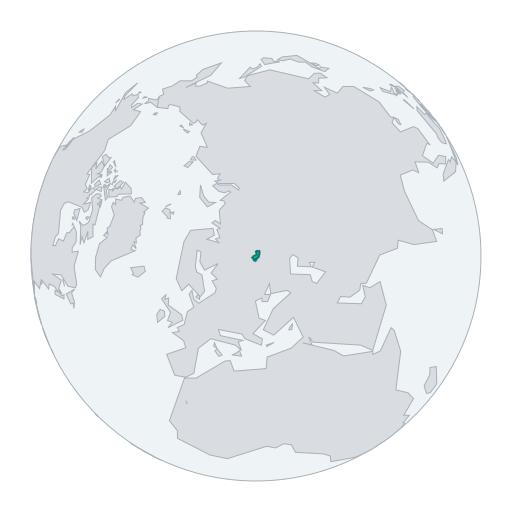 the Earth from above Mordovia, rotated 308°
{"feature_id": "RUS-2372", "entity_name": "Mordovia", "entity_type": "Republic", "adm_level": 1, "iso_a3": "RUS", "parent_name": "Russia", "parent_adm1": "", "projection": "orthographic", "projection_center": [44.161, 54.419], "detail": "fine", "context": "on_globe", "style": "filled", "palette": "teal", "viewbox_px": 512, "rotation_deg": 308, "n_neighbors": 0, "source": "natural_earth", "source_scale": "10m", "svg_char_len": 13332}
<svg xmlns="http://www.w3.org/2000/svg" viewBox="0 0 512 512"><g transform="rotate(308 256 256)"><circle cx="256" cy="256" r="225" fill="#eef3f6" stroke="#a8b0b8"/><path d="M207.4,36.0L221.9,34.3L226.9,38.5L220.8,38.6L222.8,40.0L230.5,40.1L235.2,39.9L252.3,48.0L277.4,54.1L287.6,53.1L283.6,55.9L304.4,52.7L319.5,56.1L301.0,54.2L298.1,55.6L307.6,58.5L306.6,60.6L310.6,63.4L308.6,65.8L298.0,65.0L296.5,66.6L303.3,68.7L305.6,72.7L295.8,69.4L298.7,76.2L281.5,77.0L256.9,67.8L245.9,71.8L216.7,72.2L217.9,74.8L207.6,77.3L205.2,81.4L200.4,80.7L202.6,84.6L207.3,84.5L209.9,86.3L208.9,88.9L202.7,88.3L202.3,86.9L199.9,88.1L197.3,86.8L198.0,88.9L190.6,88.1L196.4,92.7L189.2,95.3L184.7,93.8L187.3,89.0L183.3,74.8L179.5,72.5L171.7,73.8L152.4,86.3L147.4,86.1L139.1,89.5L140.8,91.6L148.0,89.8L149.2,95.1L157.8,92.6L159.5,94.6L167.5,94.5L164.0,100.0L156.2,105.6L149.4,106.1L145.8,108.7L150.4,113.0L135.9,119.0L123.3,132.1L119.8,133.3L116.3,126.5L121.1,114.1L116.6,106.9L117.1,117.3L108.4,120.8L105.9,124.0L105.0,127.4L107.4,128.5L103.9,131.1L102.1,121.3L105.2,118.8L105.8,121.8L107.9,116.1L106.7,110.3L102.3,112.9L105.0,102.6L101.9,104.5L100.8,103.5L105.5,101.1L97.1,105.5L99.5,96.9L88.1,106.2L101.9,93.1L108.4,86.9L115.3,80.6L113.5,81.9L125.1,72.8L128.1,70.6L142.8,61.2L158.1,53.1L174.1,46.1L190.5,40.4L207.4,36.0ZM32.7,226.1L32.4,228.9L32.1,230.9L32.7,226.1ZM31.3,272.2L32.2,281.3L35.6,302.0L36.5,306.8L33.2,289.6L31.3,272.2ZM75.5,121.2L80.1,115.3L85.5,108.8L87.9,106.0L85.8,108.4L70.0,129.0L73.8,123.5L75.5,121.2ZM85.1,110.6L87.6,107.5L85.6,110.2L85.1,110.6ZM237.5,39.6L230.8,39.9L224.1,39.2L229.8,38.6L237.5,39.6ZM250.0,42.2L246.6,42.7L244.8,40.5L247.3,40.9L250.0,42.2ZM295.1,52.2L289.9,51.1L295.3,51.5L295.1,52.2ZM311.5,63.4L313.3,63.1L314.7,64.7L311.5,63.4ZM168.9,91.5L168.2,93.0L167.1,92.2L168.9,91.5ZM173.0,90.2L172.2,88.3L174.1,87.4L174.5,88.6L173.0,90.2ZM312.8,70.0L314.3,72.8L310.9,69.7L312.8,70.0ZM173.6,92.8L177.4,86.1L180.7,84.7L185.1,88.1L173.6,92.8ZM314.1,74.4L318.0,81.8L322.4,81.6L312.3,86.5L312.3,78.4L307.4,74.5L312.0,75.7L314.1,74.4ZM209.3,83.4L204.2,83.6L209.4,81.2L209.3,83.4ZM212.0,81.4L224.4,72.1L231.5,73.3L225.9,76.1L235.8,76.1L233.2,81.2L227.1,82.4L223.1,80.5L225.2,84.0L212.0,81.4ZM306.2,88.2L305.5,90.0L304.2,88.0L306.2,88.2ZM211.3,86.9L213.1,84.7L219.4,85.6L216.8,90.0L215.6,88.3L211.3,86.9ZM239.7,73.7L243.9,75.3L242.9,79.8L244.4,81.1L233.7,81.5L239.7,73.7ZM213.7,89.4L215.3,92.3L211.5,94.3L209.9,89.0L213.7,89.4ZM222.2,84.0L225.0,84.7L222.6,85.7L222.2,84.0ZM198.6,103.4L200.7,100.5L204.2,100.7L198.6,103.4ZM216.2,93.3L217.5,92.6L219.1,92.4L219.4,94.7L216.2,93.3ZM233.8,84.8L232.5,86.4L238.1,84.8L237.6,88.4L230.5,88.1L233.4,89.7L233.2,90.8L227.6,89.4L233.8,84.8ZM224.4,96.6L215.3,97.8L210.6,102.9L207.4,102.8L215.5,94.7L224.4,96.6ZM226.8,92.4L224.6,95.0L221.7,93.5L221.5,90.8L226.8,92.4ZM239.8,91.0L242.4,85.6L243.9,85.9L239.8,91.0ZM223.6,98.3L225.9,98.0L223.6,98.9L223.6,98.3ZM235.5,93.5L236.2,91.5L237.8,91.9L235.5,93.5ZM229.7,99.2L226.8,99.5L226.5,97.7L229.7,99.2ZM232.8,96.8L234.9,97.8L228.1,96.8L232.9,95.9L232.8,96.8ZM236.9,94.2L238.1,93.8L236.4,95.0L236.9,94.2ZM232.5,106.2L224.1,105.4L223.4,101.2L231.7,102.6L232.5,106.2ZM173.3,465.6L172.1,465.0L158.9,458.4L140.0,441.6L144.1,437.7L141.5,430.9L125.6,407.9L129.0,400.0L125.1,393.4L116.9,389.7L112.6,381.5L107.7,378.2L78.7,358.2L70.9,342.4L64.0,306.4L70.0,301.5L72.9,289.2L115.8,274.8L122.8,283.9L154.2,296.3L157.7,300.1L151.8,309.6L173.5,333.3L183.2,327.0L205.1,340.5L221.2,343.1L230.8,323.3L204.6,318.7L202.3,307.2L225.1,302.0L248.3,306.1L248.2,301.8L235.3,290.8L242.6,283.6L231.1,286.3L234.4,291.2L227.3,293.2L223.9,288.9L226.6,286.4L220.1,283.3L208.9,296.7L211.0,303.1L192.9,301.4L194.6,312.1L189.0,315.2L184.0,298.3L185.9,293.1L175.0,271.7L171.3,276.9L181.4,297.6L177.4,294.9L172.5,302.8L173.1,294.6L163.0,271.3L147.9,267.4L125.4,279.2L117.2,275.3L112.0,265.4L123.5,246.1L140.4,257.2L144.7,251.1L144.2,237.3L149.3,242.0L151.2,238.0L157.8,241.6L170.0,236.1L177.2,238.7L184.8,226.8L189.5,226.7L183.7,233.6L183.5,240.0L201.7,246.4L206.0,244.7L209.4,236.7L214.0,239.7L215.0,231.1L226.8,230.8L213.2,224.2L216.9,215.3L225.5,210.1L224.3,206.1L210.3,214.7L206.9,219.2L207.9,225.0L196.5,237.2L189.6,237.2L192.3,220.4L182.9,218.9L189.1,207.0L223.2,190.3L236.0,188.7L251.3,205.1L246.8,210.4L239.0,207.0L243.6,218.5L244.5,213.5L248.3,216.2L252.8,208.9L255.7,210.5L255.0,200.9L259.0,202.1L259.4,208.2L269.5,198.9L278.7,199.5L279.6,196.7L277.9,193.5L290.7,196.7L290.7,194.5L286.6,192.5L284.1,187.1L284.6,178.7L289.0,180.3L289.4,183.5L296.8,192.8L297.2,201.5L299.1,201.3L299.8,194.2L290.7,182.7L289.7,177.4L294.8,182.0L292.9,179.9L293.8,177.7L298.8,177.1L293.6,171.8L297.6,147.3L307.8,144.2L311.8,150.8L319.2,136.8L330.0,135.2L326.2,133.4L327.2,125.9L323.8,126.2L322.0,124.8L323.0,106.9L326.6,104.3L322.7,95.3L320.7,94.4L317.8,95.8L312.3,86.5L322.4,81.6L326.4,83.8L330.0,79.7L338.5,85.3L347.3,88.4L354.5,97.5L360.8,99.5L361.5,97.7L370.5,99.4L386.8,109.8L370.7,109.1L345.6,97.0L355.6,102.4L352.5,103.7L355.5,107.3L362.6,111.1L363.9,110.0L370.8,130.4L386.1,147.2L387.2,139.0L392.9,138.3L411.2,152.3L428.0,188.4L435.8,189.5L439.6,193.9L440.2,202.2L434.7,195.9L430.9,198.8L427.6,194.2L426.8,206.0L422.1,200.1L423.7,212.6L428.6,214.6L431.1,206.0L434.4,219.9L443.3,220.2L449.8,228.9L453.2,258.2L448.5,275.9L449.4,279.5L444.7,281.2L442.7,293.4L454.9,300.4L456.0,305.2L450.8,324.2L449.9,321.2L437.5,325.4L438.3,338.5L447.8,337.8L451.2,344.4L445.2,348.7L441.4,343.2L437.0,344.5L436.0,334.0L428.1,323.3L421.9,332.9L420.3,326.5L408.6,319.9L398.5,333.0L383.9,362.4L385.3,378.8L378.7,389.4L362.2,373.4L356.0,358.3L349.3,362.7L332.9,352.9L302.5,359.7L298.8,355.5L292.9,358.8L281.5,355.4L276.2,347.7L269.0,348.9L283.3,368.5L291.2,367.2L298.6,358.1L301.1,365.2L312.2,369.5L297.5,388.9L253.4,406.1L250.3,393.5L223.1,353.8L224.6,349.4L224.5,348.8L224.3,347.9L220.5,354.9L216.3,346.3L229.5,375.4L231.2,386.6L252.8,406.8L250.4,408.7L257.8,412.4L282.7,406.6L282.5,410.6L270.0,428.7L236.6,448.6L241.8,460.1L240.6,467.9L221.5,470.5L224.9,474.9L215.2,474.6L215.8,476.1L209.0,475.9L197.1,473.4L193.8,472.5L173.3,465.6ZM98.7,289.7L97.0,293.2L98.7,289.7ZM271.7,320.7L286.4,320.6L281.9,307.1L287.2,306.1L283.8,302.1L281.5,306.2L273.4,294.9L280.5,290.3L279.8,284.2L274.8,284.0L263.1,294.3L274.7,310.3L270.4,316.1L271.7,320.7ZM56.9,151.4L54.6,156.2L56.4,152.2L56.9,151.4ZM67.0,133.4L65.0,136.6L67.9,132.2L58.7,147.8L62.3,141.0L64.8,136.8L67.0,133.4ZM83.3,111.8L81.4,114.3L81.0,114.5L83.3,111.8ZM83.6,112.6L84.1,111.8L85.7,110.1L83.6,112.6ZM108.5,121.4L108.5,122.3L106.9,125.8L106.3,124.5L108.5,121.4ZM108.2,141.0L102.6,144.8L106.2,141.0L104.2,139.5L109.2,129.9L118.3,133.4L113.3,133.4L108.2,141.0ZM118.4,118.6L114.2,123.9L118.5,118.0L118.4,118.6ZM154.9,213.3L156.2,217.8L152.2,221.4L143.1,219.3L148.8,213.8L154.9,213.3ZM159.0,223.3L164.2,207.9L170.0,208.9L165.8,210.9L169.2,213.1L163.4,216.9L163.9,233.5L160.4,237.9L145.5,230.9L152.3,230.6L150.6,226.1L159.0,223.3ZM167.1,170.1L169.5,164.4L179.1,173.9L175.8,178.2L166.6,176.0L165.0,169.8L167.1,170.1ZM180.7,100.5L181.0,98.4L182.7,98.4L183.9,100.3L180.7,100.5ZM199.3,102.0L181.3,110.0L180.7,107.9L170.9,115.6L165.5,113.2L172.0,108.2L160.5,112.3L164.2,106.8L156.6,110.4L171.7,99.5L174.6,95.1L173.5,100.9L178.4,103.2L181.3,102.8L192.0,98.7L200.6,90.7L206.9,92.1L209.0,95.2L207.9,97.3L204.2,95.7L205.3,99.7L199.1,99.0L199.3,102.0ZM230.1,135.8L226.3,132.1L227.6,141.8L221.4,140.4L221.9,141.7L216.5,143.2L210.9,147.3L208.5,145.8L207.4,148.1L203.8,149.3L201.4,151.9L196.1,150.4L192.8,153.6L192.2,151.1L187.9,157.1L188.7,152.0L184.1,153.3L185.8,157.5L162.9,144.8L152.8,144.0L143.8,146.3L146.4,137.7L156.4,130.3L169.5,125.1L179.0,127.4L178.4,123.3L182.8,123.3L181.4,126.5L186.2,121.6L189.4,122.5L201.0,119.0L205.9,111.8L210.3,110.5L210.0,113.8L214.6,110.3L217.0,115.7L220.2,115.0L225.8,119.9L223.3,126.9L227.1,125.6L231.5,129.5L230.1,135.8ZM233.8,107.7L232.3,116.0L228.2,119.5L220.2,109.7L217.0,109.6L211.8,103.8L217.9,99.0L218.8,101.0L221.1,101.9L218.3,103.1L222.3,102.8L223.7,105.7L227.3,106.4L225.8,108.9L233.8,107.7ZM163.2,297.8L166.2,299.7L171.2,301.2L168.2,306.4L163.2,297.8ZM156.0,282.0L158.9,282.6L157.1,290.3L154.0,288.5L156.0,282.0ZM162.1,276.6L159.2,282.1L158.9,278.1L162.1,276.6ZM186.5,233.8L189.8,234.0L189.6,236.1L187.0,238.4L186.5,233.8ZM232.6,165.6L231.1,162.6L232.4,161.8L233.5,154.4L238.2,155.1L239.4,159.7L232.6,165.6ZM225.5,326.3L220.0,329.6L218.0,327.3L220.3,326.6L225.5,326.3ZM192.1,318.9L199.0,323.5L191.2,320.3L192.1,318.9ZM237.9,165.1L237.8,161.9L240.2,164.2L237.9,165.1ZM241.7,155.2L244.8,157.2L238.9,154.3L241.7,155.2ZM279.9,466.1L266.5,477.2L255.6,477.4L252.7,475.0L257.1,468.5L269.5,466.0L275.3,461.8L279.9,466.1ZM471.1,322.9L470.4,325.1L471.4,322.1L471.1,322.9ZM469.0,328.5L471.1,322.8L468.3,330.8L469.0,328.5ZM473.5,314.6L471.8,320.6L473.8,313.4L474.2,311.9L473.5,314.6ZM467.4,332.5L456.8,353.0L452.0,359.3L453.7,355.3L461.4,343.1L467.4,332.5ZM453.2,355.9L445.2,361.4L430.6,357.9L435.9,353.0L450.5,348.3L449.6,351.2L454.5,349.0L453.2,355.9ZM470.7,314.8L469.7,321.7L464.4,332.7L461.6,336.9L459.8,333.1L460.9,327.3L463.3,323.3L469.8,293.5L472.7,290.8L471.3,301.6L473.4,301.9L470.7,314.8ZM386.4,379.7L392.2,385.7L388.3,389.4L386.4,379.7ZM470.4,277.0L469.2,289.9L469.7,275.6L470.4,277.0ZM469.5,265.6L470.6,268.3L468.7,268.1L469.5,265.6ZM451.2,284.1L448.8,289.2L447.8,287.0L450.2,279.3L451.2,284.1ZM454.7,236.3L458.4,243.2L459.2,246.4L456.3,244.4L454.7,236.3ZM277.8,168.5L271.1,177.8L269.3,185.5L273.2,191.1L264.8,187.4L267.5,175.6L277.8,168.5ZM294.7,149.7L291.3,145.2L294.6,144.7L295.9,145.7L294.7,149.7ZM291.4,148.6L283.7,147.7L282.9,143.7L289.1,145.2L291.4,148.6ZM260.7,156.0L258.3,158.6L256.4,156.6L260.7,156.0ZM481.0,266.4L480.8,269.8L481.2,261.6L481.0,266.4ZM479.2,286.0L479.0,287.9L478.6,289.3L479.2,286.0ZM480.0,280.2L479.5,283.7L479.8,281.7L480.1,278.6L480.0,280.2ZM474.6,299.7L475.2,301.1L477.3,291.8L475.7,300.5L476.4,301.5L475.7,305.3L475.1,303.8L473.8,311.9L472.9,314.9L472.9,311.0L474.3,301.0L475.2,295.1L478.5,281.2L474.6,299.7ZM480.0,277.4L479.7,275.3L479.8,270.9L480.2,270.9L480.0,277.4ZM477.6,271.0L475.4,271.4L474.4,278.1L475.4,261.2L477.5,263.7L477.6,271.0ZM474.2,264.5L473.4,270.8L473.6,261.9L474.2,264.5ZM472.6,270.2L471.4,267.1L472.6,264.1L472.6,270.2ZM474.8,262.3L473.2,255.3L474.7,257.1L474.8,262.3ZM468.2,260.5L472.5,258.9L468.7,266.2L463.8,254.8L465.1,250.3L468.2,260.5ZM445.5,188.3L442.6,185.9L442.4,181.2L444.5,184.1L445.5,188.3ZM439.2,164.7L441.4,179.2L442.7,191.3L444.5,190.1L448.7,197.9L443.7,196.7L439.5,184.0L439.3,175.9L435.0,170.0L432.3,161.7L426.3,156.9L423.7,152.1L429.0,154.1L439.2,164.7ZM423.7,155.2L412.3,145.0L414.0,139.0L416.8,139.8L421.4,146.9L420.2,149.7L423.7,155.2ZM410.0,140.9L408.8,143.5L389.5,136.6L385.8,133.7L401.4,135.2L401.1,137.9L405.5,140.8L410.0,140.9ZM308.0,90.3L305.8,90.0L307.5,89.0L308.0,90.3ZM320.2,125.2L318.0,123.1L320.2,121.8L320.2,125.2ZM313.3,116.7L312.4,119.6L311.6,115.9L313.3,116.7ZM310.6,126.2L311.1,120.4L313.2,126.9L310.6,126.2Z" fill="#d9dde1" stroke="#a8b0b8" stroke-width="1"/><path d="M254.3,257.7L254.1,257.7L253.9,257.6L253.7,257.6L253.6,257.9L253.6,258.0L253.7,258.3L253.5,258.2L253.4,258.2L253.5,258.3L253.4,258.3L253.2,258.4L252.9,258.4L252.7,258.5L252.7,258.4L252.4,258.4L252.3,258.5L252.2,258.5L252.3,258.4L252.2,258.3L252.2,258.6L252.0,258.4L251.8,258.3L251.7,258.2L251.8,258.1L251.9,257.9L252.1,257.8L252.1,257.7L251.8,257.4L251.6,257.3L251.6,257.2L251.8,257.1L251.7,257.2L251.8,257.2L252.0,257.2L252.1,257.3L252.3,257.3L252.3,257.2L252.2,257.1L252.4,256.9L252.2,256.7L251.9,256.6L251.9,256.8L251.7,256.9L251.5,256.7L251.9,256.6L252.0,256.4L252.2,256.2L252.3,256.2L252.5,256.2L252.4,255.9L252.3,255.7L252.5,255.7L252.5,255.4L252.6,255.2L252.5,254.9L252.4,254.9L252.2,254.7L252.2,254.8L252.0,254.7L252.0,254.4L252.2,254.2L252.3,254.3L252.4,254.5L252.5,254.5L252.6,254.4L252.8,254.5L253.0,254.5L253.3,254.5L253.5,254.5L253.6,254.4L253.7,254.2L253.8,254.0L254.3,253.9L254.4,254.0L254.7,254.1L254.8,254.1L254.9,254.3L255.0,254.4L255.3,254.5L255.5,254.5L255.6,254.8L255.8,254.8L255.8,255.0L256.0,255.1L256.2,255.3L256.3,255.3L256.5,255.3L256.6,255.5L256.9,255.6L257.0,255.4L257.2,255.5L257.0,255.8L257.3,255.6L257.5,255.6L257.8,255.8L258.0,255.7L258.1,255.4L258.0,255.2L258.0,254.9L258.0,254.7L258.3,254.5L258.4,254.4L258.5,254.3L258.5,254.2L258.8,254.2L258.9,253.9L258.9,253.7L259.0,253.4L259.1,253.2L259.3,253.0L259.5,253.0L259.6,253.3L259.6,253.5L259.4,253.7L259.5,253.8L259.7,253.7L259.8,253.6L260.0,253.7L260.3,253.5L260.5,253.8L260.5,253.7L260.6,253.4L260.8,253.5L260.8,253.8L261.0,254.0L261.1,254.3L261.2,254.5L261.2,254.8L261.4,255.0L261.2,255.3L261.4,255.2L261.4,255.3L261.3,255.6L261.5,255.6L261.4,255.7L261.4,255.8L261.5,256.0L261.9,256.0L261.6,256.4L261.4,256.4L261.1,256.7L260.9,256.7L260.9,256.8L260.5,256.8L260.4,256.8L260.2,257.0L260.0,257.3L260.0,257.5L259.9,257.5L259.7,257.7L259.6,257.8L259.4,257.9L259.2,258.0L258.8,258.0L258.7,258.1L258.3,257.7L258.2,257.8L257.9,257.8L257.6,257.8L257.4,257.9L257.4,258.0L257.2,258.0L257.1,258.3L257.1,258.5L257.3,258.7L257.3,258.8L257.1,258.8L257.0,259.0L256.9,259.0L256.8,258.9L256.7,258.9L256.6,258.7L256.4,258.8L256.1,258.6L255.9,258.7L255.7,258.7L255.3,258.4L255.3,258.2L255.5,258.2L255.4,258.1L255.3,257.9L255.1,257.8L254.7,257.7L254.4,257.7L254.3,257.7ZM252.2,254.6L252.3,254.6L252.2,254.5L252.2,254.4L252.1,254.5L252.2,254.6Z" fill="#14b8a6" stroke="#0f766e" stroke-width="1.5"/></g></svg>